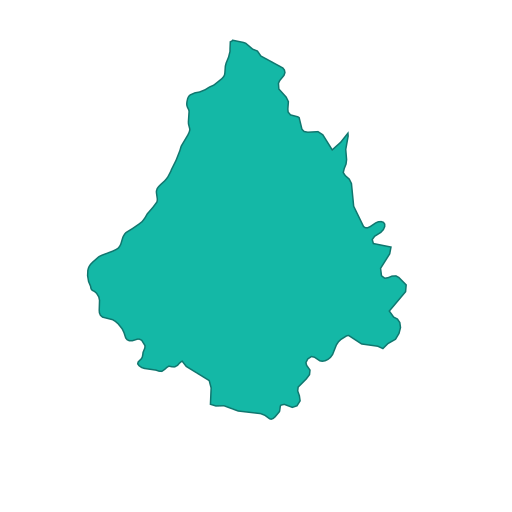 an SVG outline of Nièvre, rotated 41°
{"feature_id": "FRA-5329", "entity_name": "Nièvre", "entity_type": "Metropolitan department", "adm_level": 1, "iso_a3": "FRA", "parent_name": "France", "parent_adm1": "", "projection": "mercator", "projection_center": [3.438, 47.114], "detail": "fine", "context": "isolated", "style": "filled", "palette": "teal", "viewbox_px": 512, "rotation_deg": 41, "n_neighbors": 0, "source": "natural_earth", "source_scale": "10m", "svg_char_len": 3176}
<svg xmlns="http://www.w3.org/2000/svg" viewBox="0 0 512 512"><g transform="rotate(41 256 256)"><path d="M388.3,179.3L392.3,184.8L392.7,210.1L400.0,211.8L404.1,210.8L408.2,211.9L412.0,215.2L414.7,220.6L415.9,227.3L413.0,235.6L412.5,242.6L407.1,244.2L393.4,253.1L378.1,255.2L376.8,256.7L374.8,263.3L374.5,266.7L375.0,270.4L378.4,280.1L378.7,283.7L378.1,286.9L376.9,289.7L375.1,291.9L373.0,293.2L366.6,294.0L363.8,295.5L362.6,299.7L363.6,303.7L365.9,305.3L371.6,306.7L374.2,310.4L374.6,315.8L373.8,327.3L376.0,330.5L380.4,333.0L384.3,336.4L385.2,342.2L382.7,346.4L374.7,349.4L372.7,352.1L372.8,353.3L375.6,357.6L375.8,358.4L375.9,364.9L375.5,367.4L374.5,369.2L373.1,369.9L367.2,370.4L362.9,371.9L344.2,384.7L330.1,390.0L324.1,395.5L318.9,397.8L308.7,385.0L302.4,380.7L275.8,385.1L269.3,383.8L268.8,385.2L268.5,387.4L268.5,390.0L267.4,393.0L265.3,394.7L262.5,396.3L261.8,398.6L261.5,401.3L260.6,404.8L258.4,406.5L255.3,407.8L245.5,414.1L242.8,415.2L239.7,415.5L237.5,415.0L236.6,413.3L236.7,411.3L236.9,409.1L236.6,407.1L235.4,404.9L234.0,402.8L232.5,398.4L231.1,396.5L225.1,394.6L222.6,395.2L221.0,396.6L218.3,401.0L215.9,403.1L213.6,403.7L211.4,403.3L206.6,400.4L202.9,398.8L196.5,397.6L192.7,397.6L189.6,398.1L180.3,402.8L177.5,402.8L175.1,401.6L173.2,399.7L167.0,392.1L164.2,390.0L160.1,388.7L157.3,388.7L155.0,389.3L153.8,389.2L152.7,388.7L150.9,387.3L146.4,385.1L141.8,381.3L138.5,377.1L137.5,375.1L137.1,373.9L136.8,372.4L136.6,370.7L136.8,367.4L137.8,360.2L138.0,359.3L139.2,356.5L144.7,346.3L146.2,342.8L146.9,340.3L146.7,337.8L146.4,336.5L146.0,335.3L143.6,330.0L143.0,328.4L142.5,325.6L142.5,323.8L142.9,322.3L144.8,316.3L146.8,308.5L147.5,304.9L147.4,302.3L147.1,299.5L146.3,295.5L146.3,286.8L145.8,280.3L145.3,279.3L144.7,278.4L143.9,277.5L139.4,273.6L138.3,272.4L137.2,269.9L137.0,267.4L137.2,264.4L137.8,259.3L137.8,256.5L137.6,254.0L136.1,247.8L135.6,246.6L132.9,236.2L129.4,226.3L127.8,222.9L127.4,221.7L125.2,209.4L124.4,206.5L123.3,204.2L122.3,203.3L118.4,200.6L116.9,199.0L110.9,191.1L110.1,190.3L109.1,189.7L106.7,188.7L105.7,188.1L104.7,187.4L103.7,186.3L102.6,184.7L101.1,181.9L100.6,180.0L100.5,178.5L100.8,177.3L102.9,172.9L105.8,169.3L108.5,164.0L109.1,162.2L109.4,161.1L110.2,158.7L111.8,155.3L112.2,154.1L113.9,144.5L113.9,141.8L113.5,140.1L112.3,138.1L108.3,132.8L106.9,130.0L104.8,123.8L102.2,118.7L100.5,116.7L96.1,111.2L96.8,109.8L96.8,108.5L106.4,103.1L108.7,102.2L117.8,102.1L122.6,100.4L128.5,101.9L152.9,96.5L155.4,97.0L157.5,98.6L158.6,101.3L158.8,108.0L159.6,110.9L163.7,115.0L174.5,116.3L179.2,118.3L183.6,124.2L185.8,126.3L189.4,126.9L196.3,123.5L197.8,123.3L207.5,130.2L210.6,130.5L213.9,128.6L221.2,121.5L226.9,120.7L243.9,125.9L245.3,114.6L244.8,103.0L246.9,105.1L253.8,116.7L261.1,123.8L263.6,127.5L265.2,132.1L267.1,135.8L270.7,136.8L275.9,136.8L280.5,138.7L297.1,154.4L317.8,163.2L319.8,163.0L321.6,161.7L322.9,158.9L324.6,152.6L325.8,150.0L327.9,147.9L330.1,147.0L332.2,147.5L333.8,149.3L334.8,152.5L334.7,156.3L332.6,163.2L332.9,167.3L336.4,169.6L352.0,160.7L355.5,166.7L358.1,183.6L363.7,188.6L367.8,188.3L370.0,185.6L371.8,182.0L374.7,179.2L377.9,178.5L388.3,179.3Z" fill="#14b8a6" stroke="#0f766e" stroke-width="1.5"/></g></svg>